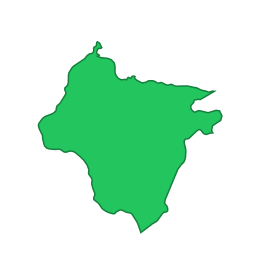 Skåne, Mercator projection, rotated 126°
{"feature_id": "SWE-3429", "entity_name": "Skåne", "entity_type": "County", "adm_level": 1, "iso_a3": "SWE", "parent_name": "Sweden", "parent_adm1": "", "projection": "mercator", "projection_center": [13.454, 55.942], "detail": "fine", "context": "isolated", "style": "filled", "palette": "green", "viewbox_px": 256, "rotation_deg": 126, "n_neighbors": 0, "source": "natural_earth", "source_scale": "10m", "svg_char_len": 2897}
<svg xmlns="http://www.w3.org/2000/svg" viewBox="0 0 256 256"><g transform="rotate(126 128 128)"><path d="M206.0,113.6L204.5,114.7L203.8,115.0L201.7,115.4L200.3,116.6L197.8,120.5L195.0,124.0L193.3,125.4L191.9,126.0L190.4,127.2L189.4,129.7L188.6,132.2L187.7,133.4L184.7,135.1L181.9,139.4L180.0,144.9L179.2,150.5L178.9,155.6L179.0,157.7L179.8,160.0L181.0,161.6L183.9,163.8L184.9,165.5L185.0,166.9L185.0,168.4L185.1,169.9L185.7,171.5L186.5,172.5L188.1,174.2L191.2,179.4L192.0,181.8L191.6,184.7L190.5,186.4L186.5,191.1L185.1,192.1L184.2,193.0L180.8,199.3L179.3,201.3L177.9,202.4L176.2,202.8L171.3,202.8L169.1,202.4L166.9,201.5L160.9,197.6L159.0,196.8L156.5,196.5L155.4,196.8L153.4,197.9L152.4,198.3L151.3,198.3L147.7,197.5L137.7,198.3L136.3,198.7L135.5,199.7L134.7,200.9L133.8,202.0L132.6,202.6L129.4,202.0L126.8,202.7L119.8,207.5L117.6,208.3L112.4,208.7L110.0,208.4L97.6,203.8L93.5,203.6L92.0,203.1L91.2,202.9L90.7,202.7L89.5,201.6L88.9,201.1L87.3,200.7L85.7,201.1L84.9,201.6L83.8,202.7L82.9,202.9L82.1,202.8L81.1,202.2L80.3,202.0L78.8,202.6L77.4,203.5L76.3,203.5L76.0,201.1L78.3,196.5L78.8,196.5L79.2,196.6L79.7,197.0L80.3,197.9L81.7,198.8L83.6,198.6L85.3,197.8L86.3,196.5L85.8,194.8L86.1,193.9L86.8,193.9L87.8,194.8L87.0,191.2L83.5,185.2L82.6,181.6L83.5,177.3L85.7,174.8L90.9,171.0L91.7,169.8L92.6,168.2L93.2,166.4L93.5,164.6L93.0,162.0L91.9,160.4L90.8,159.5L89.7,157.4L88.3,157.7L86.9,157.6L86.3,155.0L84.4,155.1L83.0,154.5L82.2,152.6L83.1,152.4L83.7,151.9L84.1,150.8L84.2,149.0L83.3,143.2L80.7,140.6L77.6,139.0L75.4,136.1L74.6,134.0L74.4,133.0L74.4,131.0L74.2,130.4L73.7,129.7L73.1,129.0L72.6,128.8L71.6,127.8L71.1,125.6L70.8,123.1L70.2,121.3L68.9,120.0L67.7,119.2L66.9,118.0L66.6,115.4L66.1,113.9L59.4,105.1L58.9,104.2L56.0,97.7L55.2,96.3L54.5,92.1L54.2,90.8L52.4,86.8L51.5,83.6L48.5,81.4L47.5,79.7L62.2,86.1L62.7,86.5L63.7,88.5L64.3,88.9L64.9,89.2L66.0,90.5L66.6,90.8L67.3,90.6L68.3,90.0L68.9,89.9L72.1,90.2L73.5,90.0L74.9,88.9L75.8,87.1L76.3,84.9L76.0,83.2L72.5,81.2L71.0,78.2L68.6,72.2L62.0,67.2L60.3,64.0L63.0,59.1L67.3,57.5L76.3,60.9L80.6,59.1L81.7,57.5L82.1,56.5L83.6,58.3L87.0,60.7L87.4,61.3L87.7,62.0L88.0,63.0L88.0,63.9L87.8,64.7L87.4,66.0L87.0,67.3L87.0,68.4L87.3,69.2L87.7,69.8L90.1,70.7L100.6,72.6L101.6,73.3L102.4,74.3L103.4,75.0L104.5,75.1L106.2,74.5L108.2,72.5L109.6,70.7L111.1,69.0L113.0,67.4L118.3,64.1L120.6,63.2L122.9,62.8L126.7,63.4L132.3,63.4L163.7,55.9L166.0,54.9L167.4,54.0L167.8,53.1L168.1,51.4L168.4,50.6L169.0,49.5L170.1,48.4L171.4,47.4L172.5,47.3L173.5,47.8L175.3,49.5L176.5,49.8L185.2,49.8L187.5,50.3L191.3,52.0L205.0,56.1L199.9,63.5L198.7,65.6L195.4,74.0L195.2,75.1L195.4,76.2L196.9,79.3L197.4,81.1L197.7,83.1L198.2,85.1L199.0,86.3L201.1,87.3L201.9,87.8L202.5,88.1L203.6,88.3L204.5,88.3L205.1,88.5L205.6,89.0L206.3,89.9L207.7,93.8L208.3,96.9L208.5,100.0L208.2,102.3L207.2,104.7L206.2,107.9L206.0,113.6Z" fill="#22c55e" stroke="#15803d" stroke-width="1.5"/></g></svg>